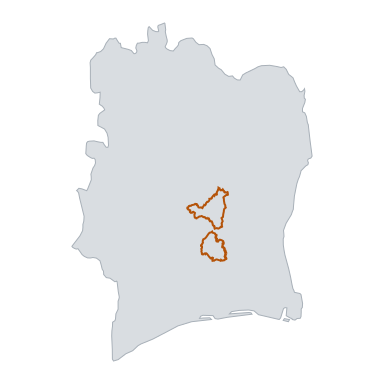 location of Belier, Lacs, Ivory Coast
{"feature_id": "98640826B5123145245776", "entity_name": "Belier", "entity_type": "district", "adm_level": 2, "iso_a3": "CIV", "parent_name": "Ivory Coast", "parent_adm1": "Lacs", "projection": "equal_earth", "projection_center": [-5.056, 6.922], "detail": "fine", "context": "in_parent", "style": "outline", "palette": "amber", "viewbox_px": 384, "rotation_deg": 0, "n_neighbors": 0, "source": "geoboundaries", "source_scale": "gbopen_adm2", "svg_char_len": 9231}
<svg xmlns="http://www.w3.org/2000/svg" viewBox="0 0 384 384"><path d="M96.6,52.7L97.7,52.6L100.7,51.5L103.5,48.8L106.1,43.2L109.5,38.7L113.4,39.0L114.6,38.2L115.9,38.1L117.6,41.0L119.2,43.3L120.4,43.3L121.2,47.6L128.3,49.4L131.3,50.5L133.9,53.6L134.8,53.7L135.9,53.1L136.7,52.0L136.9,50.8L135.8,48.0L136.3,45.5L137.4,43.2L139.2,43.1L142.0,42.4L145.2,42.4L147.5,42.8L148.4,40.6L147.6,34.2L147.8,30.8L148.2,27.8L149.1,26.6L152.6,30.3L155.8,31.6L158.1,31.7L158.7,31.1L157.8,27.0L158.0,25.8L158.9,25.1L160.4,24.7L164.5,23.0L164.9,23.4L165.7,29.7L165.3,31.8L166.2,36.1L167.2,40.1L167.2,41.8L166.3,44.3L165.2,46.5L165.4,47.5L167.0,49.0L170.1,50.6L173.3,51.0L175.1,48.7L177.0,46.8L178.3,45.1L178.8,42.5L180.8,40.7L186.7,38.4L192.1,38.0L193.4,38.8L195.9,42.3L199.0,44.7L203.7,44.4L207.1,45.8L210.0,48.5L212.0,54.5L214.2,58.8L215.1,65.0L218.6,68.2L221.2,69.7L224.9,74.2L228.7,76.4L232.5,75.9L234.4,78.2L237.3,79.9L240.2,80.0L242.7,74.9L246.1,72.8L254.7,68.7L258.0,66.8L261.4,65.7L269.7,65.3L277.3,66.6L281.1,67.5L283.7,66.8L286.2,69.3L288.7,74.4L290.8,76.0L293.0,77.8L294.6,81.9L296.4,85.9L297.4,87.7L299.7,91.7L301.7,91.7L303.7,90.0L304.5,88.7L304.9,91.3L304.1,95.6L304.3,98.2L305.4,99.2L304.8,102.6L302.5,108.4L302.5,111.8L304.8,112.9L306.4,116.5L307.4,122.7L308.3,124.8L308.4,126.0L310.1,141.0L312.1,156.1L310.8,158.1L309.1,158.6L308.0,159.3L307.6,160.7L308.4,162.8L307.9,164.7L305.7,166.0L301.0,170.8L300.6,172.7L299.4,176.8L298.3,179.2L296.8,183.9L294.4,196.1L293.5,206.2L293.3,209.3L292.4,211.5L291.3,214.7L286.1,223.3L283.5,230.4L283.8,233.5L284.0,236.6L283.2,238.9L283.3,244.9L284.0,249.9L284.9,254.8L288.7,268.8L290.6,277.2L291.9,284.1L292.9,288.6L293.9,290.5L294.4,292.3L299.9,293.5L301.0,294.6L302.6,303.5L302.3,307.5L301.2,309.0L301.2,312.4L301.0,316.6L300.2,318.3L297.1,318.5L295.0,320.1L292.2,319.5L291.9,318.5L290.4,318.1L286.2,315.7L286.9,307.9L285.0,307.6L283.5,308.6L280.6,317.9L279.2,319.5L258.5,314.7L254.1,310.9L248.7,310.0L239.3,310.4L231.6,311.6L229.4,313.9L248.9,312.5L251.0,312.8L252.0,314.2L227.3,317.3L217.9,319.1L215.1,318.6L213.0,315.6L202.8,315.3L200.7,316.2L199.5,318.4L203.5,318.0L209.8,317.8L211.5,319.5L191.7,321.7L177.9,325.9L172.1,329.0L152.8,339.1L141.1,343.9L138.0,345.7L132.7,350.7L125.8,353.8L118.2,359.6L113.5,361.0L112.4,359.1L112.3,349.2L111.7,335.9L111.9,330.9L112.5,326.1L112.6,322.2L114.9,320.7L115.5,319.0L115.9,313.9L118.1,309.2L118.1,301.1L118.8,299.3L119.3,297.2L118.3,291.8L117.1,281.7L116.5,281.1L116.0,281.5L114.8,281.7L110.0,278.2L106.3,277.6L103.7,274.6L103.5,271.2L102.2,269.2L101.3,265.3L100.0,260.8L96.4,258.1L92.9,257.5L90.5,258.0L87.6,257.9L84.3,256.4L82.1,254.6L79.9,251.4L77.9,248.7L76.3,249.1L74.4,248.4L72.5,247.2L71.9,246.3L79.9,235.9L82.6,230.7L82.9,227.6L82.9,224.4L83.8,221.2L84.1,216.3L79.7,198.4L78.6,192.8L77.4,191.2L76.6,190.6L78.9,188.3L82.0,188.9L86.7,190.7L87.7,188.9L91.3,179.8L91.2,176.5L90.9,174.2L93.0,168.0L94.6,165.6L95.5,163.0L95.2,159.5L94.0,158.2L92.3,158.4L90.4,157.5L87.3,155.5L85.8,153.7L86.3,145.5L86.6,143.0L87.7,141.6L89.3,141.2L94.0,140.9L97.8,141.8L101.1,142.4L102.9,142.4L104.3,144.8L106.2,147.3L107.9,147.3L108.5,145.4L108.1,137.4L107.0,133.1L104.5,129.0L97.9,125.5L97.8,120.6L98.4,115.3L99.9,113.3L104.7,109.9L103.9,108.1L102.3,106.2L99.3,104.2L100.0,97.8L100.2,92.2L97.5,92.8L94.9,93.1L92.6,91.4L90.7,88.0L90.4,78.5L90.4,67.5L90.1,62.7L90.8,60.1L93.1,57.7L95.7,54.7L96.6,52.7ZM289.5,319.6L288.4,321.7L283.2,320.4L284.4,318.6L289.5,319.6Z" fill="#d9dde1" stroke="#a8b0b8" stroke-width="1"/><path d="M227.4,192.0L226.9,192.4L226.7,192.6L226.3,192.7L225.6,192.5L225.4,192.2L225.0,192.2L224.8,192.0L224.6,192.3L224.3,192.1L224.2,191.5L224.0,190.9L223.6,190.6L222.8,189.4L222.2,190.3L221.5,190.1L221.1,189.9L220.9,189.9L220.7,190.2L220.2,189.8L219.8,189.1L219.7,189.0L219.5,188.2L219.3,188.1L218.9,188.1L218.5,187.8L218.4,189.7L218.0,189.7L217.7,190.7L217.1,191.6L217.0,192.0L216.7,192.4L216.8,192.9L216.8,193.7L216.9,194.5L216.5,194.7L216.2,194.5L215.8,194.6L215.5,194.2L215.3,194.1L215.0,194.4L214.5,195.2L214.4,195.6L213.9,195.0L213.0,196.0L212.1,197.2L211.9,198.1L211.4,198.7L211.1,198.7L210.6,198.5L210.1,198.7L209.9,198.9L209.4,198.9L209.5,199.5L209.3,200.1L209.3,200.5L208.2,201.7L207.9,201.7L207.7,201.9L207.2,201.8L206.9,202.1L206.8,202.4L206.5,202.6L206.2,202.9L205.9,203.6L205.9,203.8L205.7,204.6L205.0,205.3L204.7,205.2L204.2,204.9L204.1,205.2L203.2,206.5L202.4,208.1L202.2,208.0L202.0,207.7L201.6,207.7L201.3,207.4L200.6,207.4L200.1,207.6L198.8,207.5L198.5,207.4L198.3,207.0L197.9,205.5L197.6,205.3L197.1,205.4L196.8,205.1L196.9,204.4L196.7,204.0L196.2,204.0L195.9,204.1L195.7,204.0L195.4,204.1L195.1,203.9L194.2,204.6L191.6,205.2L191.0,205.8L190.0,205.7L189.8,206.0L188.8,206.1L188.4,206.8L188.2,207.2L188.2,207.6L188.0,207.8L187.8,207.6L187.4,207.6L187.3,207.9L187.3,208.3L187.4,208.6L188.3,209.6L188.8,209.6L189.4,210.1L189.8,210.1L190.2,210.3L190.3,211.0L189.9,211.6L189.8,211.8L189.9,212.0L190.8,212.8L191.1,212.7L191.6,212.8L191.9,212.7L192.2,212.7L192.4,212.5L192.5,212.1L193.3,211.8L194.5,212.6L194.9,212.8L195.0,213.0L194.7,213.6L194.7,214.1L194.5,214.3L194.4,214.5L194.5,216.2L194.7,216.6L194.7,217.3L194.8,217.6L195.4,217.7L195.7,217.9L196.1,218.0L196.3,218.4L196.5,218.4L196.6,218.1L196.8,217.9L198.1,217.4L199.2,216.5L199.6,216.5L199.8,216.4L200.7,216.4L201.6,216.0L202.7,216.5L203.0,216.9L203.2,217.1L203.5,217.2L204.2,217.0L204.9,217.2L205.2,217.5L205.3,217.8L205.6,218.3L206.1,218.3L206.4,218.2L206.8,218.6L207.0,218.6L207.4,218.6L207.9,218.7L208.0,218.4L208.2,218.6L208.4,218.5L208.6,218.8L209.0,218.7L209.1,219.0L208.9,219.0L209.1,219.6L209.2,219.8L209.3,220.3L209.6,220.4L209.7,220.7L209.9,220.5L210.1,220.7L210.2,221.1L210.4,221.2L210.6,221.1L210.8,221.4L211.7,221.4L211.9,221.9L212.0,221.9L212.2,222.3L212.3,222.5L212.3,223.0L212.6,223.4L212.6,223.9L212.7,224.2L212.7,224.4L212.9,224.9L212.8,225.0L213.0,225.4L213.5,225.5L213.8,226.0L214.3,226.0L214.5,226.4L214.3,226.6L214.4,226.8L214.3,227.2L214.4,227.7L214.7,228.2L214.6,228.6L214.8,228.9L215.1,228.9L215.1,229.0L215.2,228.8L215.2,228.7L216.3,228.1L217.7,228.3L218.1,228.6L218.3,228.5L218.5,228.5L218.9,228.4L219.9,227.8L220.1,227.4L221.1,226.6L221.5,227.0L222.1,226.7L222.1,226.3L222.0,226.1L221.8,225.4L221.8,224.8L221.9,224.4L221.8,224.2L221.8,223.7L221.6,223.4L221.7,223.1L222.7,221.2L221.5,218.1L222.5,217.4L222.6,217.0L223.0,216.8L223.2,214.5L223.5,212.9L223.8,211.7L223.8,210.9L223.9,210.5L224.0,209.8L224.4,208.7L225.7,207.7L225.8,207.5L225.3,206.7L225.3,205.7L225.2,205.1L224.5,203.9L223.9,200.5L223.9,198.9L223.5,197.9L223.4,197.6L223.5,197.2L226.3,195.0L227.1,195.0L227.9,194.7L227.8,193.4L227.5,192.8L227.7,192.5L227.6,192.1L227.4,192.0ZM226.4,258.9L226.4,258.4L226.1,257.7L225.5,257.1L225.2,257.1L224.9,257.2L224.7,256.7L225.2,256.5L224.8,256.0L224.9,255.6L225.6,255.3L225.8,254.9L225.2,254.7L225.1,254.4L225.1,254.2L225.4,254.0L225.4,253.4L225.6,253.3L225.8,253.0L226.0,252.9L225.6,252.5L225.1,252.4L225.0,252.2L225.1,251.9L225.3,251.9L225.6,252.0L225.9,251.9L225.7,251.4L225.3,251.4L224.9,251.3L224.6,251.0L224.6,250.8L225.0,250.6L225.0,250.3L225.1,250.2L224.5,249.8L224.2,249.9L224.1,249.0L224.5,249.0L224.7,248.8L224.5,248.5L224.5,248.1L224.3,247.9L223.9,247.6L223.4,247.1L222.9,247.4L222.7,247.5L222.3,247.4L222.2,247.3L222.2,247.0L222.5,246.8L222.5,246.6L222.2,246.3L222.2,246.1L222.8,245.1L222.6,244.7L222.5,244.1L222.5,243.8L223.5,244.0L223.7,243.7L223.7,243.4L223.3,242.5L223.6,242.3L223.5,242.0L223.1,241.8L222.9,241.4L223.0,241.0L221.5,240.1L221.0,240.1L220.5,239.8L219.6,239.7L219.1,240.0L219.1,240.3L218.8,240.6L218.5,240.7L218.1,240.6L217.9,240.7L217.8,241.4L217.9,241.5L218.2,241.4L218.1,241.6L217.7,241.6L217.6,241.4L217.1,241.5L216.9,241.3L216.6,241.3L216.4,240.8L216.2,240.7L216.2,240.0L216.3,239.8L216.6,240.0L216.8,240.4L217.0,240.1L216.8,239.7L216.9,239.1L216.5,239.2L216.4,239.1L216.5,239.0L216.5,238.9L216.3,238.8L216.4,238.3L215.6,237.9L215.6,237.4L215.8,237.0L215.5,236.9L215.6,236.6L215.9,236.7L215.8,236.1L216.5,235.8L216.6,235.2L216.5,234.9L216.0,234.9L215.6,234.7L214.9,233.8L214.9,233.7L215.0,233.5L214.9,233.4L214.0,233.1L213.3,232.8L212.8,232.8L212.6,232.6L212.4,232.4L212.1,231.6L211.4,232.2L210.8,232.5L209.6,232.7L208.9,233.4L208.6,233.7L206.2,237.2L205.1,238.4L203.2,239.4L203.2,239.9L202.8,240.6L202.7,241.2L202.8,241.8L202.7,242.5L202.9,242.7L202.8,242.9L202.4,243.7L202.0,244.0L201.9,244.5L201.5,244.7L201.0,245.3L201.0,245.7L201.2,246.2L202.0,246.5L202.0,247.8L201.8,248.2L201.4,248.6L201.3,248.9L201.4,249.3L201.6,249.7L201.7,250.4L201.5,250.8L201.4,251.6L201.6,252.1L201.8,252.5L201.8,252.9L202.1,253.6L201.9,253.9L202.0,254.2L202.3,254.4L202.5,254.3L203.0,254.3L203.3,254.4L203.8,254.1L204.4,253.5L205.5,253.3L205.9,253.3L205.9,253.6L206.0,253.5L206.8,253.7L208.4,255.7L209.0,256.7L209.4,256.9L210.4,258.2L210.6,258.0L211.0,258.1L212.0,257.7L212.5,257.6L213.0,257.9L212.9,258.4L212.6,259.0L212.2,259.3L212.4,260.0L212.4,260.4L212.5,260.8L213.7,260.5L214.0,260.7L214.5,260.3L215.4,259.9L215.6,259.7L216.7,259.4L220.7,260.7L220.8,260.8L221.2,260.6L221.3,260.5L221.0,260.2L221.1,259.9L221.7,260.5L222.1,260.4L222.6,260.6L223.8,260.3L224.2,260.0L224.5,260.1L224.7,259.7L225.0,259.6L225.4,258.9L225.6,258.8L225.6,258.4L225.8,258.8L226.3,259.0L226.4,258.9Z" fill="none" stroke="#b45309" stroke-width="2"/></svg>